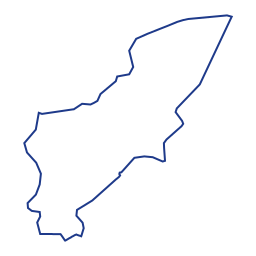 Gao, Gao, Mali (Mercator projection)
{"feature_id": "8926073B84061132695750", "entity_name": "Gao", "entity_type": "district", "adm_level": 2, "iso_a3": "MLI", "parent_name": "Mali", "parent_adm1": "Gao", "projection": "mercator", "projection_center": [-0.018, 16.371], "detail": "fine", "context": "isolated", "style": "outline", "palette": "blue", "viewbox_px": 256, "rotation_deg": 0, "n_neighbors": 0, "source": "geoboundaries", "source_scale": "gbopen_adm2", "svg_char_len": 1324}
<svg xmlns="http://www.w3.org/2000/svg" viewBox="0 0 256 256"><path d="M199.8,84.4L225.7,29.4L231.7,16.7L227.0,15.4L188.2,19.0L183.1,20.1L177.2,21.9L167.0,26.1L160.1,28.8L147.5,33.8L136.2,38.8L129.2,50.7L133.2,67.0L129.2,74.3L117.2,76.5L115.8,81.2L100.5,94.0L97.4,100.9L93.9,102.9L90.5,104.5L82.1,103.8L73.8,109.3L73.4,109.3L42.0,113.9L38.8,112.8L35.8,129.6L24.3,143.1L27.0,152.5L36.2,162.7L40.9,173.7L39.7,184.5L35.9,194.6L27.6,203.1L28.0,208.0L31.8,210.9L39.7,212.0L40.2,216.5L37.2,222.5L40.2,234.0L40.8,234.0L41.7,234.0L43.9,234.0L46.1,234.0L48.5,234.0L50.5,234.0L51.8,234.0L52.9,234.1L55.2,234.1L57.1,234.1L59.1,234.1L59.3,234.1L59.9,234.1L60.0,234.1L60.4,234.1L60.7,234.3L61.1,234.9L61.9,236.0L62.4,236.7L63.6,238.5L64.4,239.6L64.5,239.8L64.9,240.5L65.2,240.6L66.0,240.2L67.7,239.2L69.5,238.1L70.2,237.8L70.8,237.5L71.5,236.9L72.3,236.5L73.5,235.9L74.6,235.2L75.1,235.0L75.6,234.8L76.0,234.6L76.4,234.5L76.7,234.7L78.9,235.5L80.3,235.9L81.2,236.3L81.3,236.1L83.7,228.2L82.6,222.7L76.4,215.7L77.0,209.9L92.3,200.5L115.8,179.5L117.2,178.4L119.0,176.9L120.1,175.4L119.3,174.0L119.7,172.6L121.4,172.3L134.4,157.8L144.3,156.4L152.7,157.2L162.7,161.5L165.0,160.8L164.1,148.0L163.9,143.1L166.5,139.5L181.6,126.1L183.2,123.8L182.1,120.9L175.6,112.1L176.8,108.4L199.8,84.4Z" fill="none" stroke="#1e3a8a" stroke-width="2"/></svg>